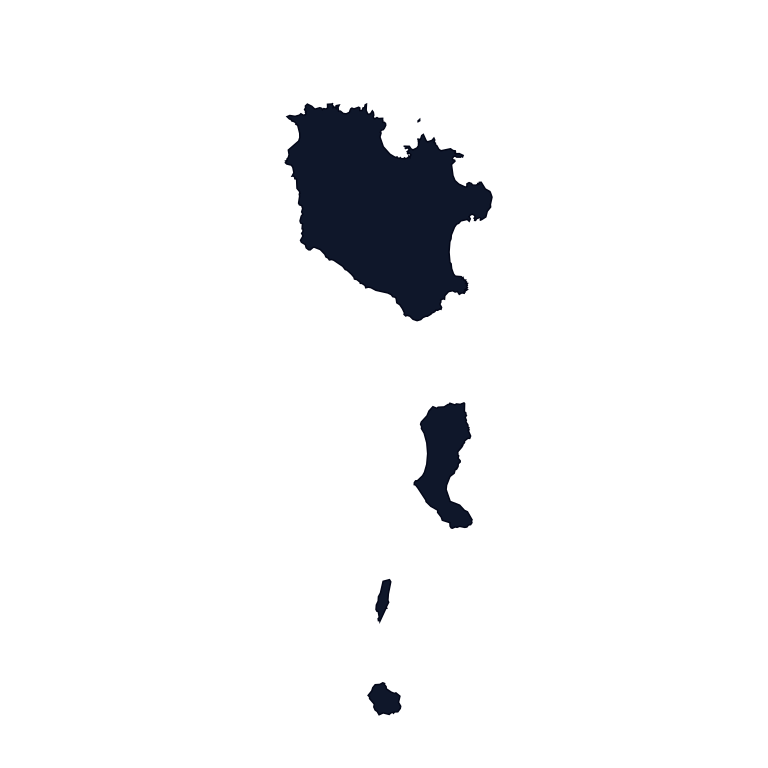 the district of Nossa Senhora Da Luz, São Vicente, Cabo Verde, rotated 54°
{"feature_id": "66160863B58817505266013", "entity_name": "Nossa Senhora Da Luz", "entity_type": "district", "adm_level": 2, "iso_a3": "CPV", "parent_name": "Cabo Verde", "parent_adm1": "São Vicente", "projection": "robinson", "projection_center": [-24.915, 16.763], "detail": "fine", "context": "isolated", "style": "filled", "palette": "ink", "viewbox_px": 768, "rotation_deg": 54, "n_neighbors": 0, "source": "geoboundaries", "source_scale": "gbopen_adm2", "svg_char_len": 6174}
<svg xmlns="http://www.w3.org/2000/svg" viewBox="0 0 768 768"><g transform="rotate(54 384 384)"><path d="M303.5,193.7L301.3,192.4L296.3,186.8L292.1,185.5L290.5,185.2L285.8,187.4L277.9,186.8L276.9,188.4L278.5,190.1L277.5,189.7L277.0,190.3L277.8,190.6L277.0,193.1L275.0,195.5L273.2,195.4L271.1,196.8L270.8,199.2L273.0,200.9L272.5,202.5L266.2,206.0L261.1,207.0L255.9,205.7L246.1,200.4L245.5,195.7L244.5,195.3L242.7,196.7L241.5,195.8L240.9,193.9L241.4,192.5L243.2,191.8L245.5,188.7L245.3,187.6L246.5,187.0L245.6,185.6L241.8,187.7L239.8,190.8L238.9,191.0L238.8,190.1L237.3,189.3L235.6,191.0L232.8,191.9L228.8,200.8L226.4,201.7L222.1,201.2L220.9,201.8L219.3,200.8L218.1,201.5L216.4,199.5L214.4,199.1L215.1,202.1L213.7,206.5L212.0,206.9L205.2,205.5L205.2,207.5L207.6,210.7L205.3,213.1L206.1,212.4L207.7,213.5L208.2,212.9L209.1,213.5L208.9,214.1L211.6,216.2L212.4,218.7L211.6,223.0L209.7,223.9L206.6,223.8L203.1,228.4L205.3,225.8L206.3,225.9L205.6,228.1L206.1,228.2L206.9,225.9L209.6,225.9L209.6,228.7L211.2,228.7L211.4,230.0L212.1,227.8L214.4,227.5L215.6,229.4L214.5,229.7L215.5,230.0L214.7,230.3L215.0,232.5L214.0,234.7L213.5,234.4L212.5,234.6L213.9,234.9L211.8,237.7L210.1,237.7L211.1,238.0L210.5,237.9L210.6,238.9L208.7,240.4L208.0,240.0L207.3,241.7L201.6,244.1L191.6,245.1L181.8,242.1L179.2,238.8L178.0,239.0L177.1,236.8L177.8,235.2L177.3,233.4L175.7,230.5L174.0,229.6L172.2,230.1L171.9,231.0L170.7,230.7L170.4,230.2L169.8,230.0L169.5,229.8L168.9,229.5L168.4,229.0L168.3,228.9L168.2,229.0L166.1,232.3L164.3,233.1L164.0,235.7L163.3,236.0L161.2,235.5L160.6,234.3L157.9,232.9L156.2,232.9L157.5,236.1L156.7,238.0L155.7,238.4L152.1,237.6L147.3,233.7L147.1,235.1L149.0,237.4L148.3,238.6L149.9,241.0L148.5,242.9L146.4,241.3L145.2,241.8L143.8,246.6L141.9,247.8L141.9,249.3L143.9,252.4L143.2,255.8L141.1,258.0L137.7,258.8L136.4,260.3L133.2,258.6L132.0,256.3L130.7,259.1L132.5,260.6L131.3,260.6L130.4,262.7L129.6,261.7L127.8,262.0L126.7,260.4L126.9,261.5L124.5,265.3L127.5,267.3L127.4,269.4L125.8,270.8L125.8,272.6L124.4,272.4L122.8,273.5L121.0,278.4L116.8,279.2L112.5,281.5L112.9,284.2L114.3,284.9L115.3,287.0L117.9,287.0L117.9,287.8L119.6,288.3L119.9,289.4L119.1,291.3L116.5,292.4L116.8,294.3L115.2,298.6L111.4,302.4L110.7,305.3L114.1,304.7L115.1,303.7L116.9,304.0L119.4,302.2L122.0,302.0L122.2,302.6L123.9,301.7L131.6,304.8L135.1,307.2L137.3,310.2L138.5,323.9L142.7,326.0L144.6,328.4L145.0,330.3L146.0,330.8L145.8,332.3L146.5,331.9L147.0,333.7L148.8,333.4L152.5,330.3L155.1,330.4L160.1,332.7L161.8,336.2L162.4,335.1L164.3,334.6L165.5,335.5L166.9,334.3L174.6,339.4L178.5,339.2L180.4,340.0L180.5,340.9L182.4,341.8L187.5,346.8L189.3,347.1L191.3,345.7L194.3,346.7L196.4,349.5L198.9,349.8L199.5,352.2L202.7,356.1L204.8,356.8L206.4,355.7L210.3,359.1L211.1,358.5L213.1,360.1L213.7,362.1L216.6,362.5L218.7,367.1L220.8,367.5L225.0,365.7L228.1,366.9L231.1,366.1L232.1,364.9L231.8,361.0L232.3,360.0L237.8,356.5L244.4,355.6L247.0,356.3L249.3,355.2L251.5,355.3L252.5,353.2L254.3,351.9L264.5,348.2L268.6,348.1L270.2,347.0L275.9,345.8L279.8,345.5L281.7,346.2L283.7,344.5L287.5,343.5L288.6,344.0L289.7,342.7L293.2,341.4L295.4,342.2L296.5,339.7L298.4,337.9L303.4,335.5L312.6,327.4L316.0,325.6L318.5,325.6L320.1,324.1L321.8,323.8L325.8,325.9L329.2,324.6L334.0,324.8L338.5,325.7L339.5,326.9L341.8,326.4L341.9,325.1L344.3,323.2L348.7,322.5L352.2,320.0L353.5,316.4L353.1,313.5L353.8,310.3L354.7,309.1L355.1,304.9L354.6,304.7L355.3,300.6L354.8,298.5L355.9,297.3L356.2,294.7L357.1,294.0L355.9,292.4L352.2,291.9L351.1,289.8L349.5,288.9L349.7,286.2L351.0,285.2L348.3,282.9L347.2,277.5L348.9,273.6L351.4,272.4L352.3,270.2L355.7,270.4L356.0,267.5L357.7,265.8L356.6,265.1L357.1,264.3L356.3,264.1L356.6,262.4L355.4,262.8L356.2,261.3L355.2,261.7L355.1,259.9L353.8,260.0L353.3,258.9L352.8,259.4L351.8,257.4L350.7,258.8L350.1,257.3L348.2,257.7L347.9,256.9L346.7,258.2L345.1,257.7L344.6,259.0L344.2,258.1L344.0,258.8L343.9,258.2L342.6,258.4L338.7,262.9L335.9,263.1L330.5,261.5L326.1,259.0L324.4,259.2L315.6,253.9L307.6,247.1L306.0,244.5L303.0,241.9L298.5,234.7L297.4,231.4L297.9,229.0L297.2,226.0L299.8,219.9L302.4,219.4L301.1,217.1L298.6,216.9L298.0,214.7L298.5,212.8L300.9,211.6L302.7,212.3L302.8,213.7L304.1,213.6L304.9,214.5L305.5,213.8L304.7,212.0L305.5,208.8L307.6,208.2L307.9,210.3L308.4,208.4L308.7,203.4L305.0,199.0L303.5,193.7ZM447.2,330.3L446.3,330.4L445.3,334.3L442.7,337.1L442.5,339.0L438.3,342.0L438.9,343.0L438.2,344.2L437.9,348.8L434.6,353.9L434.7,355.6L431.1,357.8L432.3,363.5L435.0,367.9L436.7,376.2L438.1,378.1L440.7,378.6L442.0,379.9L447.4,380.4L456.8,384.0L466.0,389.6L474.1,396.6L479.2,403.1L480.9,406.7L481.9,413.8L480.9,415.4L481.6,417.4L483.2,418.7L484.2,417.8L487.9,417.7L502.5,418.4L503.9,419.1L510.5,418.0L517.7,414.7L519.4,416.1L525.3,415.9L528.5,416.9L534.9,412.2L537.9,414.1L540.0,414.2L540.9,413.4L541.5,410.4L542.9,409.1L543.6,406.5L547.5,402.9L548.4,401.0L547.7,398.5L548.7,396.6L547.9,394.4L545.8,393.5L545.7,392.6L536.4,391.6L533.5,393.2L526.5,394.0L517.9,399.5L505.9,395.8L502.6,392.8L497.6,385.0L497.4,379.6L495.4,377.2L494.9,374.9L495.4,375.0L494.3,372.6L492.2,370.8L491.9,368.2L490.9,367.5L487.6,367.7L486.0,365.8L485.0,366.0L482.2,364.2L480.8,358.3L480.1,356.7L479.6,357.1L478.7,353.3L477.4,352.4L477.2,348.1L478.4,346.6L477.0,344.5L471.1,343.2L471.1,342.1L470.0,342.1L469.2,341.0L468.2,341.5L466.5,340.2L462.7,340.0L461.8,338.7L458.8,338.0L457.8,335.7L456.7,335.8L455.6,334.8L453.6,335.2L447.2,330.3ZM645.9,554.6L640.9,555.9L640.4,557.5L637.5,559.3L631.9,561.3L630.1,560.2L626.9,560.3L626.6,559.6L625.0,560.6L624.6,563.9L622.1,567.9L623.1,571.6L625.1,574.3L626.6,579.9L628.7,579.6L630.1,580.6L637.3,580.0L639.3,582.1L642.6,582.8L644.9,582.0L648.7,582.4L649.6,578.0L654.4,574.0L654.1,571.8L654.9,569.8L655.9,569.8L655.5,568.2L657.3,565.5L656.1,561.6L654.5,559.9L650.1,559.4L645.9,554.6ZM548.0,494.8L545.5,494.6L543.1,500.7L551.0,509.7L552.8,513.5L556.2,516.3L558.3,520.1L561.7,523.0L563.6,523.3L564.7,522.4L570.0,525.0L570.4,526.7L572.2,527.6L573.0,526.4L573.5,526.7L566.7,514.5L567.0,513.5L565.9,513.5L563.3,508.5L561.3,508.0L556.5,504.0L548.0,494.8ZM191.8,202.2L192.0,200.3L190.9,199.6L191.2,201.9L191.8,202.2Z" fill="#0f172a" stroke="#020617" stroke-width="1.5"/></g></svg>